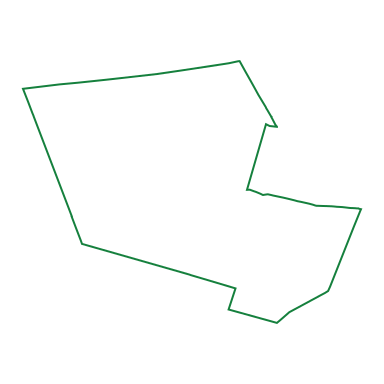 Traian, Olt, Romania (Natural Earth projection)
{"feature_id": "2599482B56106191533924", "entity_name": "Traian", "entity_type": "district", "adm_level": 2, "iso_a3": "ROU", "parent_name": "Romania", "parent_adm1": "Olt", "projection": "natural_earth1", "projection_center": [24.472, 44.005], "detail": "fine", "context": "isolated", "style": "outline", "palette": "green", "viewbox_px": 384, "rotation_deg": 0, "n_neighbors": 0, "source": "geoboundaries", "source_scale": "gbopen_adm2", "svg_char_len": 1449}
<svg xmlns="http://www.w3.org/2000/svg" viewBox="0 0 384 384"><path d="M276.9,322.9L279.8,320.5L283.6,317.2L289.3,312.2L321.1,295.0L324.9,293.0L328.1,291.0L330.1,286.6L353.6,227.3L356.6,219.9L360.3,210.8L361.0,209.2L359.1,208.8L358.5,208.4L357.0,208.4L355.0,208.2L353.1,208.1L350.2,208.0L348.4,207.8L345.1,207.4L342.4,207.1L339.2,206.9L337.0,206.8L334.2,206.5L331.7,206.3L326.9,206.1L323.3,206.0L317.8,205.8L316.6,205.8L316.1,205.7L315.2,205.5L312.9,204.7L309.2,203.7L306.1,203.0L303.4,202.4L300.7,201.8L297.5,201.2L294.7,200.4L290.3,199.3L287.4,198.6L283.1,197.6L277.3,196.4L273.0,195.5L271.5,195.1L270.6,194.9L267.9,194.3L267.5,194.3L263.5,194.9L263.0,195.0L262.5,194.8L261.9,194.5L260.5,193.8L255.7,191.8L254.1,191.3L250.6,190.0L249.8,189.7L247.0,189.8L266.0,124.2L269.6,126.0L276.9,126.8L276.9,126.6L276.1,125.7L275.3,124.6L272.2,118.6L271.4,117.2L271.5,116.7L271.1,116.5L270.9,116.1L269.2,113.2L266.8,109.1L266.4,108.6L266.1,108.0L266.0,107.6L265.7,107.0L258.4,94.9L253.9,86.7L250.5,80.6L245.7,72.1L239.6,61.1L239.4,61.1L237.9,61.3L229.1,63.2L222.7,64.2L179.8,70.7L157.1,74.0L113.8,78.9L104.6,79.9L78.0,82.7L59.5,84.4L42.1,86.5L23.0,88.8L28.1,101.8L32.5,113.4L33.4,115.5L33.6,116.1L33.7,116.5L34.1,117.5L36.3,123.3L71.8,216.3L71.6,216.4L75.8,227.5L80.8,240.5L82.0,243.9L93.6,247.2L189.8,274.7L190.4,275.0L195.5,276.5L235.5,288.4L228.6,309.5L266.8,320.1L267.2,320.2L276.2,322.7L276.9,322.9Z" fill="none" stroke="#15803d" stroke-width="2"/></svg>